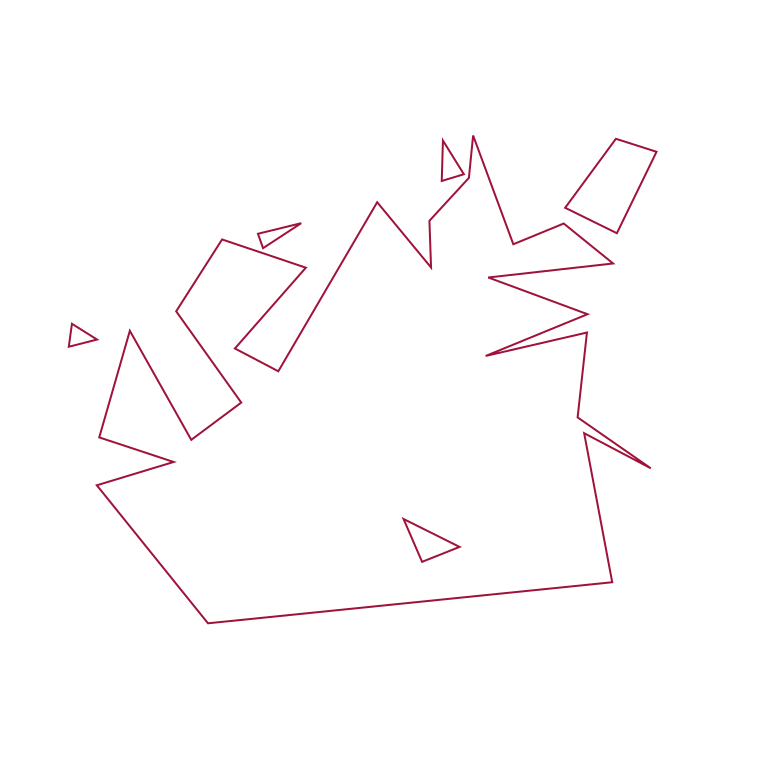 SVG path tracing the border of South Jeolla, rotated 171°
{"feature_id": "KOR-2506", "entity_name": "South Jeolla", "entity_type": "Metropolitan City", "adm_level": 1, "iso_a3": "KOR", "parent_name": "South Korea", "parent_adm1": "", "projection": "albers", "projection_center": [126.652, 34.734], "detail": "coarse", "context": "isolated", "style": "outline", "palette": "rose", "viewbox_px": 768, "rotation_deg": 171, "n_neighbors": 0, "source": "natural_earth", "source_scale": "10m", "svg_char_len": 770}
<svg xmlns="http://www.w3.org/2000/svg" viewBox="0 0 768 768"><g transform="rotate(171 384 384)"><path d="M683.5,328.9L604.0,339.9L673.6,375.8L626.7,476.3L583.1,359.0L527.9,388.0L577.9,488.3L521.3,552.1L443.0,511.1L525.7,442.4L486.4,413.1L362.3,564.6L319.3,491.7L313.6,538.1L267.9,574.3L257.1,615.5L234.4,501.8L181.4,514.4L138.9,467.2L264.4,472.9L172.1,421.1L279.2,395.8L175.5,403.1L198.0,320.7L133.7,259.0L194.0,304.1L189.6,152.5L595.3,175.2L683.5,328.9ZM385.8,247.6L374.2,202.4L334.9,211.3L385.8,247.6ZM177.5,529.7L116.6,589.9L78.5,570.7L130.4,496.5L177.5,529.7ZM295.2,575.5L287.7,615.2L272.3,578.7L295.2,575.5ZM440.6,555.8L482.2,537.1L485.0,552.1L440.6,555.8ZM660.5,472.8L689.5,470.1L682.8,492.3L660.5,472.8Z" fill="none" stroke="#9f1239" stroke-width="2"/></g></svg>